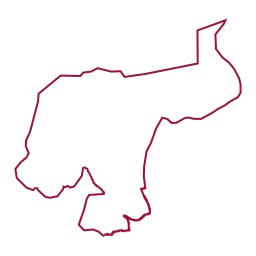 the district of Bakassi, Cross River, Nigeria
{"feature_id": "59680162B77398299052023", "entity_name": "Bakassi", "entity_type": "district", "adm_level": 2, "iso_a3": "NGA", "parent_name": "Nigeria", "parent_adm1": "Cross River", "projection": "robinson", "projection_center": [8.508, 4.793], "detail": "fine", "context": "isolated", "style": "outline", "palette": "rose", "viewbox_px": 256, "rotation_deg": 0, "n_neighbors": 0, "source": "geoboundaries", "source_scale": "gbopen_adm2", "svg_char_len": 4368}
<svg xmlns="http://www.w3.org/2000/svg" viewBox="0 0 256 256"><path d="M26.1,140.4L25.8,146.2L28.7,153.0L26.8,157.1L20.7,162.3L15.4,169.0L16.7,177.5L17.9,179.2L26.5,187.6L33.1,190.2L35.1,188.2L37.2,188.2L38.4,190.5L45.7,197.1L50.4,197.7L57.5,196.3L63.1,189.1L63.5,186.6L64.9,187.2L67.9,185.9L70.2,187.6L74.0,186.5L81.9,175.8L83.0,168.1L84.8,167.5L87.2,168.9L87.7,169.8L88.0,171.5L89.0,172.4L90.3,175.5L91.6,177.3L91.8,179.0L92.8,180.1L93.6,183.0L94.4,183.3L95.1,184.7L96.1,185.0L96.6,186.2L98.2,186.5L99.7,188.2L101.0,188.8L101.2,189.6L102.5,190.5L103.0,192.0L103.8,192.2L104.0,193.4L103.9,193.7L103.8,194.0L89.2,194.9L86.8,198.7L84.0,209.8L78.8,224.7L84.0,230.3L93.1,229.5L98.6,231.7L103.2,235.7L106.6,234.0L106.6,234.3L106.8,234.3L106.8,234.6L107.8,234.6L107.8,234.9L108.1,234.9L108.1,234.6L108.6,234.6L108.6,234.3L108.8,234.3L108.8,234.6L111.1,234.6L111.1,234.9L111.6,234.9L111.6,234.6L111.9,234.6L111.9,233.7L112.4,233.7L112.4,233.4L112.7,233.4L112.7,233.1L112.9,233.1L112.9,232.5L113.2,232.6L113.2,232.3L113.3,232.3L113.7,232.3L113.7,232.0L113.8,232.0L114.2,232.0L114.2,231.8L114.4,231.6L114.4,231.4L114.8,231.4L114.9,231.7L116.2,231.7L116.2,231.4L117.2,231.4L117.2,231.1L118.5,231.1L118.5,230.8L119.0,230.8L119.0,230.6L120.0,230.6L120.0,230.3L120.5,230.3L120.5,230.6L120.8,230.6L120.8,230.3L121.0,230.3L121.3,230.2L121.3,230.6L122.3,230.6L122.3,230.8L122.8,230.8L122.8,231.1L124.1,231.1L124.1,230.8L125.4,230.8L125.4,230.6L127.1,230.6L127.1,230.3L127.6,230.3L127.6,230.6L128.7,230.6L128.7,230.3L129.2,230.3L129.2,230.0L129.4,230.0L129.4,229.1L129.2,229.1L129.2,228.8L129.2,228.2L128.9,228.2L128.9,227.7L128.7,227.7L128.7,223.6L128.9,223.6L128.9,223.1L128.7,223.1L128.7,222.5L128.4,222.5L128.4,221.6L128.2,221.6L128.2,220.5L127.9,220.5L127.9,219.3L127.4,219.3L127.4,219.0L127.6,219.0L127.6,218.7L127.4,218.7L127.1,218.5L127.1,218.2L126.9,218.2L126.9,217.9L126.6,217.9L126.6,217.6L126.4,217.6L126.4,217.3L125.6,217.3L125.6,217.0L125.4,217.0L125.4,216.7L124.9,216.7L124.9,216.4L124.3,216.4L124.3,216.1L124.1,216.1L124.1,215.9L123.8,215.9L123.8,215.6L124.6,215.6L124.6,215.9L125.4,215.9L125.4,216.1L125.9,216.1L125.9,216.4L126.4,216.4L126.4,216.7L126.9,216.7L126.9,217.0L127.4,217.0L127.4,217.3L127.6,217.3L127.6,217.6L127.9,217.6L127.9,217.9L128.9,217.9L129.2,217.9L129.2,218.2L129.4,218.2L129.4,218.5L129.7,218.5L130.4,218.7L130.4,219.0L131.0,219.0L131.0,219.3L131.2,219.6L132.7,219.6L132.7,219.9L134.3,219.9L134.3,220.2L135.3,220.2L135.3,220.5L136.0,220.5L136.0,220.2L138.6,220.2L138.6,219.6L139.6,219.6L139.6,219.3L140.1,219.3L140.1,219.0L140.4,219.0L140.4,218.7L140.9,218.7L141.1,218.5L141.1,218.2L141.6,218.2L141.6,217.9L141.9,217.9L141.9,217.6L142.1,217.6L142.1,217.3L142.4,217.3L142.4,217.0L142.6,217.0L142.6,216.7L142.9,216.7L142.9,216.4L143.1,216.4L143.1,216.1L143.7,216.1L143.7,215.9L143.9,215.9L143.9,215.6L144.2,215.6L144.2,215.3L144.4,215.3L144.4,215.0L145.2,215.0L145.2,214.7L145.7,214.7L145.7,214.4L147.2,214.4L147.2,214.1L147.6,214.1L148.2,214.1L148.2,213.8L148.7,213.8L148.7,213.6L149.2,213.6L149.2,213.3L149.8,213.3L149.8,212.1L150.0,212.1L150.0,211.8L149.8,211.8L149.8,211.6L149.8,210.8L149.8,210.4L150.0,210.4L150.0,209.5L149.8,209.5L149.8,208.7L149.5,208.7L149.5,208.4L149.2,208.4L149.2,207.2L149.0,206.6L148.7,206.6L148.7,206.4L149.0,206.4L149.0,205.5L148.7,205.5L148.7,204.6L148.5,204.3L148.2,204.3L148.2,203.8L148.0,203.2L147.7,203.2L147.7,202.9L147.5,202.3L147.2,202.3L147.2,201.7L147.0,200.6L146.5,200.6L146.5,200.3L146.2,200.3L146.2,199.7L145.9,199.7L145.9,199.2L145.7,199.2L145.7,198.9L145.4,198.9L145.4,198.3L145.2,198.3L145.2,198.0L144.9,198.0L144.9,197.1L144.7,197.1L144.7,196.8L144.4,196.8L144.4,196.3L144.2,196.3L144.2,196.0L143.9,196.0L141.1,189.1L141.6,189.1L141.6,188.8L142.9,188.8L142.9,188.5L143.9,188.5L143.9,188.2L145.2,188.2L145.2,187.9L145.3,187.9L143.8,176.1L144.2,166.0L146.5,151.7L148.9,146.7L150.7,143.5L156.2,128.4L162.2,117.7L167.5,119.1L171.6,123.0L176.5,122.7L183.2,119.0L184.8,118.1L188.4,117.5L193.8,118.8L200.9,118.9L211.0,113.6L218.4,108.7L224.6,105.5L225.5,104.8L230.8,101.1L238.0,97.1L240.6,92.6L240.5,84.2L239.1,78.2L234.3,69.2L229.1,62.7L222.6,57.6L216.0,49.0L215.4,34.4L223.8,23.8L225.5,20.3L197.5,30.4L197.7,63.5L145.0,74.0L124.6,76.9L120.5,71.2L111.2,71.6L97.6,68.2L90.9,71.6L83.3,72.6L80.3,76.0L60.6,75.6L38.6,93.7L38.1,101.3L30.0,132.0L26.1,140.4Z" fill="none" stroke="#9f1239" stroke-width="2"/></svg>